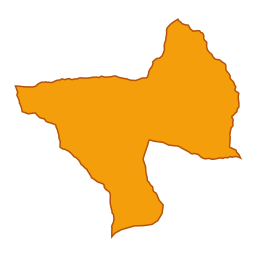 the district of Chang, Thimphu, Bhutan
{"feature_id": "84629894B66092782557801", "entity_name": "Chang", "entity_type": "district", "adm_level": 2, "iso_a3": "BTN", "parent_name": "Bhutan", "parent_adm1": "Thimphu", "projection": "mercator", "projection_center": [89.678, 27.44], "detail": "fine", "context": "isolated", "style": "filled", "palette": "amber", "viewbox_px": 256, "rotation_deg": 0, "n_neighbors": 0, "source": "geoboundaries", "source_scale": "gbopen_adm2", "svg_char_len": 5329}
<svg xmlns="http://www.w3.org/2000/svg" viewBox="0 0 256 256"><path d="M178.0,19.2L176.9,19.8L174.0,21.7L172.7,22.5L170.1,24.6L167.4,27.6L167.2,28.1L166.6,29.4L166.6,31.9L166.6,34.1L165.9,37.9L165.8,40.0L164.7,42.9L164.2,45.9L164.4,49.7L164.1,51.0L162.8,54.4L162.6,54.7L162.3,55.5L162.0,56.1L161.2,56.7L160.4,57.4L159.4,58.1L158.1,58.4L156.9,58.4L155.5,59.3L154.0,60.7L152.9,61.5L152.9,64.0L151.8,66.7L150.0,69.0L148.8,71.6L148.4,74.2L147.6,76.4L147.1,77.2L146.3,77.9L144.9,78.0L142.3,78.0L139.5,79.1L137.5,79.9L135.7,80.5L133.1,80.3L131.2,80.3L128.3,79.5L126.9,78.8L124.7,78.6L122.4,78.1L118.9,77.4L116.0,76.1L115.0,76.0L113.7,76.1L111.0,76.7L109.2,77.0L107.3,77.1L105.3,77.1L103.9,76.9L101.8,76.2L100.6,76.4L99.6,77.4L98.6,77.5L97.2,77.1L94.0,77.2L92.3,77.3L90.1,77.7L87.5,78.2L86.6,78.0L86.1,78.0L85.4,78.1L83.7,78.1L81.2,77.9L79.6,77.9L77.1,78.9L73.9,79.0L72.7,79.6L71.2,79.5L70.4,79.1L69.2,78.6L68.4,78.8L67.6,78.7L66.6,79.1L66.0,79.3L65.2,79.6L64.1,79.5L63.5,79.3L62.9,79.2L62.3,78.9L61.4,79.1L60.9,79.4L59.7,80.1L58.2,80.1L56.6,80.4L54.3,81.4L53.0,82.2L52.2,82.3L50.2,82.5L49.3,82.4L48.5,82.1L47.5,82.4L47.0,82.3L45.6,81.9L44.8,82.1L43.9,82.2L43.1,82.2L42.5,82.2L41.7,82.1L40.3,82.8L38.5,83.7L36.8,85.0L35.8,86.1L34.3,86.7L32.0,87.0L31.0,87.1L30.0,86.8L27.7,86.9L25.1,86.9L17.9,86.1L15.4,86.0L16.2,88.1L16.9,89.9L17.7,92.8L16.9,94.4L17.1,95.8L18.1,97.6L18.7,99.3L19.3,100.9L19.5,103.2L20.0,104.0L20.9,106.2L21.3,107.6L21.8,109.1L22.1,111.6L24.4,112.4L27.9,113.7L28.4,113.9L30.4,113.5L31.9,113.4L33.5,113.1L34.6,112.9L35.0,112.9L35.4,113.0L36.3,114.3L38.1,116.0L39.7,117.6L41.2,118.1L42.1,118.3L42.7,118.6L44.4,118.9L45.5,120.6L46.0,121.3L47.4,122.0L48.2,122.3L50.3,122.9L51.2,123.1L52.2,123.5L53.9,124.1L54.5,124.3L54.9,124.6L55.7,125.0L56.2,127.2L56.4,127.8L57.3,129.5L57.8,131.2L58.3,133.3L58.9,135.4L59.0,138.2L59.2,138.7L60.3,141.7L60.1,143.8L60.0,147.1L62.1,148.6L63.0,149.0L64.3,149.2L65.4,149.6L68.1,150.9L69.5,151.9L70.8,152.9L72.5,154.8L74.0,156.6L76.6,157.9L77.4,158.8L77.9,159.4L78.3,159.8L78.8,160.2L79.0,160.6L79.6,161.5L81.4,164.8L82.8,165.7L83.6,166.5L84.3,167.4L85.2,168.1L85.8,168.7L87.2,169.6L87.2,170.1L88.0,171.4L89.0,173.1L89.7,174.1L90.7,175.7L91.2,176.8L91.6,177.9L92.3,178.2L93.2,178.6L95.9,180.7L96.8,181.4L97.5,181.8L98.7,182.4L100.7,183.0L102.7,183.7L103.2,184.2L104.1,185.0L104.2,187.0L105.2,188.7L106.9,190.3L108.7,191.3L109.8,192.9L110.1,194.0L110.3,194.9L110.3,196.6L110.2,199.2L110.2,199.7L110.1,200.6L110.3,203.9L110.8,206.2L111.1,207.7L111.2,208.1L111.6,209.7L111.9,210.8L112.1,211.6L112.1,212.8L112.3,213.2L112.6,213.6L113.4,214.4L113.6,215.6L113.8,217.2L113.9,218.0L113.9,219.9L113.2,222.9L112.8,223.7L112.3,224.8L111.7,226.3L111.7,226.8L111.9,227.4L111.8,233.1L111.8,236.8L114.9,233.2L121.2,229.7L130.1,227.1L134.7,225.9L143.9,225.6L152.0,224.4L157.8,220.6L162.1,213.4L163.2,205.0L159.2,200.3L156.3,193.3L153.6,191.5L152.9,189.8L152.7,186.9L150.5,184.8L148.7,181.9L147.4,180.7L147.1,177.7L145.9,172.3L145.5,166.5L144.2,162.7L143.0,159.3L144.6,153.9L146.7,147.9L146.9,147.2L147.4,145.7L147.8,144.6L148.3,142.6L148.6,141.3L149.0,140.0L150.2,140.1L154.7,141.3L160.9,142.1L163.1,142.4L165.6,143.6L166.7,144.1L168.4,145.0L170.9,145.3L173.6,145.7L176.8,145.9L177.8,146.0L178.9,146.5L180.2,147.2L181.0,147.7L182.5,148.5L184.7,149.7L186.2,150.5L187.4,151.1L189.7,152.4L190.8,153.5L192.6,153.9L193.7,153.5L195.7,153.8L198.4,154.6L200.2,156.3L201.5,157.4L203.0,158.2L205.2,158.9L207.9,158.5L209.2,158.4L211.8,159.3L214.5,159.1L217.0,158.6L219.4,158.0L220.4,157.9L221.8,158.2L222.8,158.4L224.1,157.8L225.7,157.5L227.0,157.8L228.0,157.7L228.9,157.2L230.6,156.6L232.0,157.3L233.3,156.9L235.2,156.5L236.9,156.6L239.4,157.5L240.6,158.1L239.8,156.5L239.5,155.9L239.1,155.1L238.9,154.5L238.5,154.1L237.7,153.3L237.0,152.6L236.6,152.1L236.3,151.3L236.2,150.8L236.0,150.2L235.7,149.9L235.1,149.7L234.3,149.3L233.2,148.8L232.2,148.3L231.0,147.8L229.5,146.9L229.5,146.3L229.6,145.4L229.7,144.6L229.8,143.7L229.8,142.9L229.9,142.2L229.9,141.3L230.0,140.6L230.1,139.7L230.1,138.9L230.2,138.1L230.2,137.4L230.1,136.6L229.9,135.9L229.8,134.9L229.9,133.9L230.1,133.1L230.2,132.3L230.3,131.6L230.5,130.9L230.6,130.2L230.8,129.4L231.0,128.6L231.2,127.8L231.8,127.2L232.3,126.6L232.9,125.7L232.9,125.0L232.9,124.4L233.0,123.6L232.8,122.8L232.8,122.3L232.9,121.6L233.1,120.7L233.2,120.1L233.0,119.4L232.6,118.4L231.7,117.1L232.3,115.9L233.2,115.4L235.6,112.7L236.8,111.9L237.3,108.9L238.7,107.5L238.9,106.1L238.9,103.5L238.3,98.1L238.3,95.9L238.8,93.4L238.3,92.8L235.0,90.6L234.9,89.7L235.4,88.4L235.8,86.7L234.8,85.5L234.1,83.5L233.7,82.3L232.6,80.9L231.7,80.2L230.2,78.4L230.0,77.9L230.1,77.1L230.2,76.0L228.9,73.7L228.4,73.1L226.6,71.0L225.8,69.2L225.9,67.2L225.9,65.9L225.3,64.1L222.1,61.9L219.8,60.0L218.8,59.6L217.3,59.6L215.4,59.1L214.2,58.2L213.1,56.9L212.3,55.4L211.8,54.3L210.4,53.2L209.5,52.6L209.0,52.0L208.1,50.8L207.3,49.4L207.0,48.2L206.6,46.9L206.7,46.1L206.6,44.7L206.8,42.5L206.0,41.4L205.2,40.8L204.5,40.0L203.9,39.2L203.8,38.4L203.8,36.0L203.3,34.3L202.9,33.6L202.4,33.0L201.0,32.6L200.3,31.9L199.9,31.1L199.5,30.7L198.3,30.7L196.8,30.7L195.6,30.9L194.7,30.9L193.2,31.3L192.4,30.7L191.8,30.0L190.6,29.4L189.7,27.7L188.7,26.0L188.2,25.1L187.2,25.1L184.9,24.7L184.0,24.3L182.4,23.8L181.7,23.3L181.0,22.5L180.1,21.7L178.7,20.7L178.0,19.2Z" fill="#f59e0b" stroke="#b45309" stroke-width="1.5"/></svg>